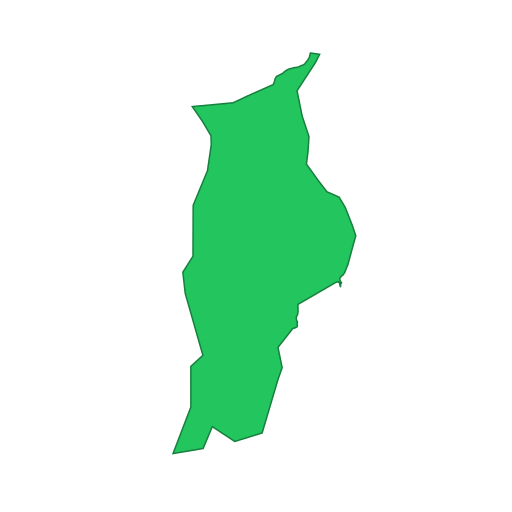 the district of Zu'unxangai, Uvs, Mongolia, rotated 12°
{"feature_id": "93677404B68741941608611", "entity_name": "Zu'unxangai", "entity_type": "district", "adm_level": 2, "iso_a3": "MNG", "parent_name": "Mongolia", "parent_adm1": "Uvs", "projection": "mercator", "projection_center": [95.512, 49.26], "detail": "fine", "context": "isolated", "style": "filled", "palette": "green", "viewbox_px": 512, "rotation_deg": 12, "n_neighbors": 0, "source": "geoboundaries", "source_scale": "gbopen_adm2", "svg_char_len": 1951}
<svg xmlns="http://www.w3.org/2000/svg" viewBox="0 0 512 512"><g transform="rotate(12 256 256)"><path d="M162.6,123.1L175.9,135.7L187.0,147.8L189.1,156.5L190.8,182.7L184.0,219.5L194.4,269.3L187.8,287.0L194.5,307.2L224.7,364.2L215.2,377.5L223.7,417.3L215.9,466.5L244.3,455.3L248.7,432.0L273.7,441.8L274.0,441.7L298.8,427.8L303.2,372.0L304.8,359.8L296.5,340.8L307.0,319.4L309.1,318.2L310.1,317.5L310.8,316.8L311.0,315.9L311.0,315.5L310.8,315.0L310.4,314.2L310.3,313.5L310.3,312.8L310.3,312.4L310.2,311.8L309.9,311.5L309.3,310.7L308.9,310.0L308.6,309.4L308.4,308.7L308.1,307.0L308.8,305.0L308.9,303.9L308.7,301.8L307.1,294.6L338.7,266.0L340.1,264.8L340.9,264.5L341.5,264.3L342.0,264.2L342.3,264.4L342.4,264.6L342.5,264.7L343.0,264.8L343.5,265.2L343.7,265.6L343.8,266.0L343.8,266.4L344.0,266.6L344.3,266.9L344.4,267.1L344.4,267.6L344.6,268.1L344.9,268.3L345.0,268.1L345.0,267.7L345.0,267.4L344.8,267.2L344.7,267.0L344.8,266.9L344.8,266.6L344.7,266.4L344.3,266.0L344.0,265.7L344.6,265.4L345.0,265.1L345.1,264.7L345.2,264.4L345.1,264.2L344.9,264.1L344.3,264.0L344.1,263.9L344.2,263.7L344.3,263.6L344.2,263.4L343.5,262.8L343.2,262.1L342.9,261.5L342.7,260.9L342.7,260.6L342.7,260.3L342.8,259.9L343.2,259.4L343.3,258.9L343.4,258.3L343.6,257.9L343.9,257.6L344.3,257.4L344.6,257.2L344.9,256.9L345.0,256.3L345.1,256.1L345.3,255.7L345.4,255.3L345.7,255.0L345.9,254.7L346.1,254.1L347.7,245.1L348.9,223.3L349.4,215.5L343.9,206.1L333.1,189.8L325.1,181.2L312.0,178.4L301.4,169.4L286.2,155.6L285.2,143.4L283.0,128.2L272.0,109.4L261.8,85.8L273.9,54.5L276.3,45.5L267.0,46.1L266.9,50.6L265.8,53.7L264.4,56.6L263.7,58.0L262.5,59.3L260.7,60.3L258.7,61.9L258.0,62.4L256.0,63.2L254.1,63.8L252.6,64.7L249.7,66.0L247.7,67.5L246.4,68.8L245.2,70.2L244.8,71.0L243.6,72.2L242.3,73.2L241.4,74.0L240.1,75.0L239.0,75.9L238.5,76.5L238.3,77.6L237.8,78.7L237.8,80.2L237.7,81.9L237.2,84.7L215.0,100.8L201.7,110.9L162.6,123.1Z" fill="#22c55e" stroke="#15803d" stroke-width="1.5"/></g></svg>